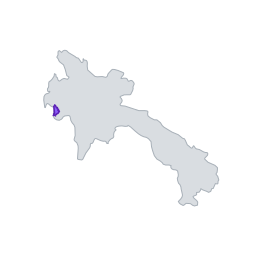 location of Paktha, Bokeo, Laos, rotated 342°
{"feature_id": "54806243B15398508442736", "entity_name": "Paktha", "entity_type": "district", "adm_level": 2, "iso_a3": "LAO", "parent_name": "Laos", "parent_adm1": "Bokeo", "projection": "robinson", "projection_center": [100.681, 19.997], "detail": "fine", "context": "in_parent", "style": "filled", "palette": "violet", "viewbox_px": 256, "rotation_deg": 342, "n_neighbors": 0, "source": "geoboundaries", "source_scale": "gbopen_adm2", "svg_char_len": 4985}
<svg xmlns="http://www.w3.org/2000/svg" viewBox="0 0 256 256"><g transform="rotate(342 128 128)"><path d="M93.7,35.8L94.7,37.9L99.7,43.6L100.6,45.1L102.4,46.3L103.9,51.3L104.6,51.6L105.4,51.3L106.0,50.6L106.5,48.6L106.9,48.4L107.4,50.0L108.8,50.5L109.4,51.2L109.6,52.4L109.4,53.7L108.3,56.6L107.6,60.4L112.5,68.7L114.5,69.8L119.4,71.1L122.6,73.0L124.2,72.5L125.6,70.5L127.4,69.3L130.6,67.6L131.5,67.5L133.3,68.2L136.3,70.2L140.8,74.1L140.7,75.1L139.9,76.1L137.5,77.6L136.7,78.6L137.2,79.0L139.2,79.2L141.5,80.1L142.3,81.1L142.7,83.4L143.1,83.8L145.3,83.6L146.0,83.9L146.7,84.6L147.5,86.6L147.5,88.0L145.4,90.5L145.1,92.0L144.0,93.8L141.0,96.8L140.2,97.0L134.7,95.3L130.4,95.6L130.0,96.2L130.8,98.0L131.0,99.8L130.3,101.2L127.8,103.0L127.7,103.8L128.2,104.6L131.9,106.2L143.6,114.8L148.9,116.5L151.3,117.6L151.9,118.2L151.9,119.0L151.3,119.9L150.8,121.6L150.8,122.7L151.3,123.6L152.3,125.1L155.6,128.4L158.0,129.2L160.5,133.0L161.3,136.3L162.5,138.4L168.6,145.5L173.7,149.9L176.8,154.7L178.3,155.7L178.7,157.4L179.2,162.4L180.9,164.9L181.3,165.9L182.1,166.7L182.9,166.8L184.7,165.2L185.1,165.4L185.9,168.1L186.6,169.0L189.3,170.6L192.2,173.8L193.7,175.0L195.7,175.9L196.0,176.9L195.6,177.9L195.0,178.6L191.7,180.4L191.3,181.2L193.5,185.3L199.1,190.3L200.8,193.3L200.4,194.7L199.0,197.7L197.8,198.5L197.5,199.4L198.4,201.8L198.3,205.5L197.3,206.3L196.3,208.6L195.6,208.8L193.9,207.9L190.4,211.8L188.9,211.6L187.1,213.8L184.8,214.1L183.2,212.5L179.9,209.9L178.6,208.3L177.6,209.7L175.8,211.0L173.3,210.5L172.7,212.5L172.2,212.8L169.1,213.1L168.6,213.5L169.1,215.2L170.9,218.2L171.4,220.0L170.3,222.8L167.2,222.7L165.7,221.6L164.0,219.2L159.9,217.6L157.2,218.7L156.4,218.6L154.4,216.6L153.6,215.3L153.2,213.4L156.2,211.8L157.8,210.6L158.8,209.3L159.2,208.0L159.7,202.4L160.1,200.4L159.9,198.0L159.0,196.1L159.0,193.3L159.4,191.0L160.6,189.8L161.4,188.1L161.9,184.4L161.5,183.5L160.3,182.5L158.4,181.7L157.2,180.6L156.6,179.3L156.7,178.1L157.3,177.1L155.8,176.0L152.3,174.8L150.3,173.3L149.9,171.6L148.4,169.3L145.9,166.5L144.5,162.5L144.4,157.3L144.6,153.0L145.7,148.1L144.2,144.5L142.6,142.6L140.3,141.2L138.2,139.3L136.1,136.7L133.7,132.9L130.8,127.8L128.9,125.6L127.9,126.1L125.9,125.6L122.8,124.1L120.0,123.4L117.7,123.2L116.2,123.6L115.5,124.3L115.4,125.1L116.0,125.9L115.7,126.4L114.5,126.9L113.5,127.7L112.4,129.5L111.7,132.0L110.5,132.9L108.7,133.1L107.0,133.8L105.2,135.0L104.4,135.9L104.5,136.5L104.2,136.6L103.3,136.3L102.9,135.5L102.9,134.2L102.1,133.4L100.3,132.9L98.2,131.6L94.3,128.1L93.4,127.9L92.1,128.8L90.4,130.8L89.0,131.6L87.9,131.2L87.1,131.9L86.5,133.6L85.4,135.0L80.2,138.8L75.4,143.7L74.2,144.1L71.3,142.7L70.4,141.8L74.4,131.9L75.0,129.5L74.8,126.3L73.2,123.6L73.1,122.8L73.3,122.0L75.4,118.9L77.7,111.0L77.6,108.5L76.5,105.8L76.0,103.2L76.4,99.7L76.2,98.4L75.1,97.7L71.5,97.0L69.5,97.6L68.5,98.5L67.3,99.1L65.0,99.4L62.8,98.3L61.0,96.2L60.6,93.8L62.9,88.5L63.4,86.4L63.3,85.5L63.0,84.5L62.4,84.3L61.3,83.1L60.1,80.9L59.1,79.9L58.1,80.0L57.2,80.9L55.7,83.0L55.2,82.7L56.5,75.4L57.8,72.2L59.3,70.8L60.8,70.2L62.5,70.4L63.8,70.1L64.9,69.4L64.8,68.9L63.5,68.8L63.0,68.0L63.3,66.4L63.9,65.4L64.8,65.0L65.6,63.4L66.5,60.7L67.5,59.4L68.7,59.3L70.8,58.2L73.7,55.9L74.8,53.7L75.9,54.7L75.5,57.3L76.1,57.8L76.4,58.7L76.2,60.1L76.5,61.3L76.9,61.9L77.5,62.2L80.6,61.2L82.5,61.1L85.6,63.0L87.5,61.6L87.5,61.1L86.0,59.3L86.4,52.9L86.2,48.0L83.7,44.4L83.1,42.9L82.9,40.6L82.2,38.6L84.0,36.9L85.0,33.9L86.2,33.2L86.7,33.3L88.2,35.6L90.2,34.5L91.7,34.5L93.0,35.1L93.7,35.8Z" fill="#d9dde1" stroke="#a8b0b8" stroke-width="1"/><path d="M64.0,84.6L64.0,85.0L64.0,85.3L63.9,85.4L63.9,85.6L63.9,85.8L63.9,86.0L63.8,86.3L63.7,86.4L63.7,86.5L63.7,86.8L63.7,87.0L63.6,87.3L63.5,87.5L63.4,87.8L63.4,88.1L63.4,88.3L63.3,88.5L63.2,88.6L63.1,88.8L63.1,89.1L63.1,89.3L62.9,89.6L62.9,89.8L63.0,89.9L63.0,90.1L62.9,90.3L62.9,90.5L62.8,90.8L62.6,90.9L62.6,91.0L62.6,91.3L62.4,91.3L62.2,91.5L61.9,91.5L61.6,91.7L61.6,91.8L61.5,92.0L61.5,92.3L61.5,92.5L61.4,92.6L61.5,92.6L61.4,92.8L61.4,93.0L61.5,93.0L61.8,93.2L62.0,93.3L62.1,93.5L62.1,93.4L62.3,93.4L62.4,93.5L62.4,93.4L62.5,93.4L62.7,93.2L62.8,93.2L63.0,93.2L63.3,93.1L63.5,93.1L63.8,93.1L64.0,93.1L64.2,92.9L64.3,92.7L64.5,92.6L64.8,92.6L65.0,92.5L65.2,92.4L65.3,92.4L65.5,92.4L65.6,92.5L65.8,92.5L66.0,92.4L66.2,92.2L66.3,92.2L66.5,92.1L66.7,91.9L66.8,91.8L66.9,91.7L67.0,91.6L67.1,91.4L67.3,91.4L67.5,91.3L67.5,91.2L67.8,91.1L67.8,90.9L67.7,90.8L67.7,90.7L67.7,90.4L67.7,90.2L67.4,90.0L67.2,90.0L67.2,89.9L67.1,89.7L66.9,89.6L67.0,89.4L67.2,89.2L67.4,89.0L67.4,88.9L67.5,88.8L67.6,88.7L67.4,88.5L67.2,88.5L67.1,88.4L67.0,88.2L66.9,88.0L66.9,87.9L66.8,87.7L66.8,87.4L66.9,87.2L67.0,87.1L67.0,86.9L67.1,86.7L66.9,86.6L66.7,86.5L66.7,86.4L66.7,86.5L66.4,86.5L66.3,86.3L66.2,86.1L66.2,85.9L66.1,85.6L66.1,85.3L66.1,85.2L66.0,84.9L66.0,84.5L66.0,84.4L65.9,84.2L65.8,83.9L65.7,83.8L65.6,83.7L65.4,83.5L65.2,83.7L65.1,83.8L64.9,84.0L64.7,84.2L64.6,84.3L64.4,84.4L64.2,84.5L64.0,84.6Z" fill="#8b5cf6" stroke="#5b21b6" stroke-width="1.5"/></g></svg>